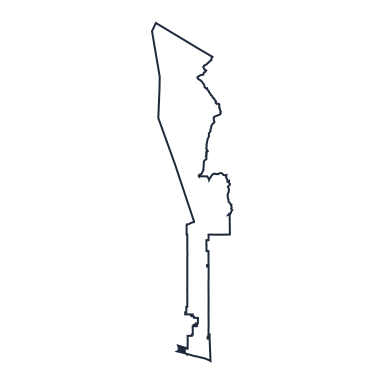 Bácum, Sonora, Mexico
{"feature_id": "50627088B14118013577680", "entity_name": "Bácum", "entity_type": "district", "adm_level": 2, "iso_a3": "MEX", "parent_name": "Mexico", "parent_adm1": "Sonora", "projection": "robinson", "projection_center": [-110.115, 27.66], "detail": "fine", "context": "isolated", "style": "outline", "palette": "slate", "viewbox_px": 384, "rotation_deg": 0, "n_neighbors": 0, "source": "geoboundaries", "source_scale": "gbopen_adm2", "svg_char_len": 5568}
<svg xmlns="http://www.w3.org/2000/svg" viewBox="0 0 384 384"><path d="M210.5,361.0L210.5,360.8L209.6,338.6L207.6,338.6L207.6,337.1L207.7,336.8L208.0,336.8L208.0,336.5L209.0,336.5L209.6,336.6L209.7,334.5L208.5,334.5L208.6,323.4L208.6,317.9L208.5,316.4L208.6,306.8L208.5,306.7L208.6,298.5L208.5,290.2L208.5,288.8L208.5,287.4L208.5,281.8L208.5,280.4L208.6,279.0L208.6,278.9L208.6,273.5L208.6,266.5L207.0,266.5L207.0,265.1L208.5,265.1L208.5,252.7L208.5,251.2L206.6,251.1L206.5,250.8L206.5,245.7L206.4,245.7L206.4,244.2L206.4,240.2L208.5,240.2L208.6,237.4L208.5,234.6L222.7,234.7L225.2,234.6L225.3,234.6L229.7,234.6L229.9,234.5L229.7,220.0L229.6,217.5L229.6,215.8L229.6,214.7L229.7,214.8L229.9,214.4L229.1,214.5L228.5,214.7L228.9,214.2L230.9,212.9L231.1,212.2L231.4,211.4L232.0,210.4L231.8,210.4L231.8,210.1L231.7,209.5L231.1,208.7L231.2,208.3L231.5,208.1L231.6,207.7L231.6,207.2L231.1,205.2L231.4,204.7L230.8,204.3L229.9,203.2L229.0,202.2L228.6,201.7L228.5,199.4L227.9,198.2L227.6,194.7L228.1,193.2L228.6,192.4L229.0,189.1L227.9,186.8L229.9,184.5L229.9,184.0L228.9,182.5L229.0,181.3L228.4,181.8L227.5,181.8L227.4,181.2L227.5,179.9L226.1,177.6L226.3,177.0L226.1,175.8L226.4,175.0L224.9,175.3L223.5,175.0L222.1,173.4L221.0,173.1L219.8,173.1L218.0,174.2L217.0,173.9L216.1,174.2L215.3,173.8L213.9,173.6L212.0,175.0L209.4,179.1L209.0,180.0L208.8,179.3L208.6,178.5L207.2,176.4L201.2,176.3L200.6,176.0L199.4,177.0L198.8,176.3L198.7,175.7L199.5,174.6L200.6,174.4L201.4,173.9L201.8,173.4L202.0,173.2L202.2,172.3L203.4,170.2L203.4,169.7L203.3,169.4L203.4,169.2L203.5,168.6L203.6,166.5L203.7,165.8L203.7,165.7L203.7,165.1L203.7,164.8L203.9,161.5L204.1,161.1L204.7,160.4L205.1,160.0L206.2,159.3L206.4,159.1L206.5,158.8L206.2,156.7L206.0,156.4L206.3,156.2L206.5,156.0L206.5,155.8L206.3,155.4L206.1,155.3L206.1,155.1L206.6,154.3L206.7,154.1L206.4,153.5L206.1,152.8L206.2,151.9L206.4,151.7L207.5,151.6L207.7,151.4L207.8,151.1L207.7,151.0L207.6,150.8L207.4,150.5L207.3,150.4L206.4,149.2L206.3,148.8L206.5,148.3L206.6,148.1L206.5,147.8L206.4,147.2L206.5,146.9L206.6,146.4L206.7,146.1L206.5,145.0L207.6,139.2L209.0,136.3L208.8,133.6L210.6,130.9L210.4,129.8L211.1,127.8L211.3,126.0L212.4,124.2L212.9,123.6L213.2,123.3L213.6,123.0L214.0,122.7L214.3,122.4L214.3,122.2L214.4,121.7L214.3,121.3L213.9,120.8L213.8,120.4L213.8,117.3L214.5,116.7L220.1,114.4L220.4,114.1L220.6,113.5L220.6,113.1L220.6,112.8L220.3,112.4L220.4,112.2L220.8,111.8L220.7,111.5L220.5,111.0L220.5,110.7L220.2,110.3L220.0,110.1L220.0,109.8L219.9,109.4L219.8,109.1L219.8,108.8L219.5,108.7L219.3,108.3L219.4,108.1L219.6,107.7L219.5,107.3L219.2,106.4L219.1,106.1L219.2,105.5L219.4,104.8L219.4,104.6L219.3,104.3L219.1,104.1L218.7,103.8L216.6,103.8L215.6,102.7L215.6,102.4L216.0,101.8L216.0,101.4L215.9,101.2L214.9,100.1L214.6,99.4L214.0,98.7L213.8,98.2L213.5,97.9L213.0,97.8L212.8,97.7L212.4,96.5L212.2,96.1L212.0,95.9L211.4,95.5L211.2,95.3L210.9,95.0L210.5,94.3L210.3,93.8L210.3,93.6L210.0,93.2L209.7,92.9L209.5,92.7L209.3,92.5L209.1,92.2L208.8,91.2L208.6,90.9L208.3,90.6L208.1,90.3L207.9,90.1L207.4,89.8L207.1,89.3L207.1,89.2L207.2,88.7L207.1,88.4L206.8,88.6L206.6,88.4L206.4,88.4L206.1,88.2L205.4,87.9L205.2,87.7L204.7,87.4L204.7,87.1L204.6,86.6L204.4,85.7L204.1,84.7L201.4,81.1L200.7,80.5L200.5,80.4L199.6,79.7L198.8,79.4L197.8,78.4L197.4,77.2L200.8,75.0L203.1,74.8L203.5,73.7L203.7,73.3L203.7,72.9L203.9,72.6L204.0,72.5L204.3,72.5L204.9,72.0L205.4,71.7L205.5,71.6L205.3,71.1L205.8,70.8L205.9,70.7L206.1,70.5L205.5,70.1L204.1,68.9L203.3,66.8L204.3,65.5L206.4,64.5L207.6,63.2L208.0,63.0L210.2,60.8L211.3,60.3L211.5,58.4L212.5,56.9L199.2,49.1L155.9,23.0L152.0,31.2L159.7,76.6L159.5,88.8L158.3,118.0L175.1,164.6L194.1,221.7L194.0,222.1L193.8,222.1L192.8,222.3L191.4,222.8L188.9,224.0L187.8,224.4L186.9,224.4L186.6,225.0L186.6,227.4L186.6,234.6L187.3,234.6L187.3,245.6L187.3,245.8L187.3,251.2L187.3,251.3L187.4,253.1L187.5,254.0L187.4,254.4L187.3,256.7L187.3,270.7L187.3,272.1L187.3,273.5L187.3,281.8L187.3,284.5L187.3,285.9L187.2,289.1L187.2,290.0L187.3,290.2L187.3,295.7L187.3,298.4L187.3,301.1L187.3,301.3L187.3,302.6L187.3,306.8L186.3,306.8L186.3,312.3L185.2,312.3L185.2,313.7L185.2,314.4L188.9,314.4L190.0,314.4L192.7,314.4L192.7,315.0L191.0,315.0L190.9,315.2L190.9,315.6L191.2,315.9L191.6,316.2L193.2,316.3L193.8,316.4L194.0,316.8L193.9,317.6L194.0,317.9L197.9,317.9L197.9,323.4L195.8,323.4L195.8,324.8L196.9,324.8L196.9,326.2L194.8,326.2L194.8,324.8L193.7,324.8L193.7,326.2L192.7,326.2L192.7,329.0L192.8,334.5L191.8,334.5L191.8,335.9L189.2,335.9L187.6,335.9L187.7,339.9L187.6,348.7L187.0,348.7L187.0,348.3L181.1,346.5L178.0,345.6L178.1,345.9L178.3,346.0L178.7,346.5L178.8,346.7L178.7,346.8L178.5,347.7L179.9,348.2L180.4,346.7L181.1,346.9L180.9,348.2L181.0,348.8L181.8,349.2L181.9,348.5L183.1,348.8L183.4,348.8L183.5,349.4L184.8,349.5L184.8,350.3L184.3,350.3L184.3,351.2L184.8,351.5L184.8,351.9L184.7,352.0L184.1,352.0L183.8,351.8L183.7,351.8L183.6,351.6L183.6,351.3L183.6,351.1L183.5,350.9L183.0,350.8L181.4,350.8L181.4,350.6L180.9,350.0L180.3,349.5L179.8,349.2L178.5,350.1L178.8,350.7L179.1,350.6L179.3,350.7L179.5,350.8L180.0,351.5L179.9,351.5L179.7,351.6L179.3,351.4L179.2,351.4L179.2,351.5L179.0,351.4L178.9,351.4L178.9,351.5L178.7,351.5L178.6,351.3L178.3,351.2L178.1,351.0L177.3,351.4L180.0,352.0L186.2,353.6L186.7,354.0L186.9,354.3L187.0,354.0L187.3,354.0L187.5,354.1L191.6,355.2L193.3,355.8L194.3,356.0L195.3,356.3L195.9,356.3L197.0,356.5L198.1,356.8L199.0,357.1L200.5,357.4L203.6,358.1L205.2,358.6L206.5,359.1L208.5,359.9L208.8,360.0L209.9,360.6L210.5,361.0Z" fill="none" stroke="#1e293b" stroke-width="2"/></svg>